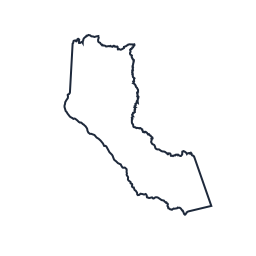 outline of Jacareacanga, Pará, Brazil, rotated 341°
{"feature_id": "56859067B99628293972220", "entity_name": "Jacareacanga", "entity_type": "district", "adm_level": 2, "iso_a3": "BRA", "parent_name": "Brazil", "parent_adm1": "Pará", "projection": "robinson", "projection_center": [-57.195, -7.478], "detail": "fine", "context": "isolated", "style": "outline", "palette": "slate", "viewbox_px": 256, "rotation_deg": 341, "n_neighbors": 0, "source": "geoboundaries", "source_scale": "gbopen_adm2", "svg_char_len": 5844}
<svg xmlns="http://www.w3.org/2000/svg" viewBox="0 0 256 256"><g transform="rotate(341 128 128)"><path d="M90.5,121.7L90.4,121.3L91.3,121.5L94.0,123.7L95.2,126.8L96.7,128.6L98.0,131.0L99.3,134.5L99.6,137.2L99.8,137.3L100.6,137.4L100.9,137.6L101.5,138.4L102.6,144.9L104.1,148.0L104.4,149.1L104.5,152.8L104.7,153.8L105.8,155.4L107.1,158.0L109.3,160.1L109.4,161.4L109.9,163.5L110.4,164.0L111.6,164.2L112.1,164.4L113.2,166.3L113.1,167.3L112.3,169.2L112.2,170.6L111.5,171.7L111.5,172.6L112.0,173.8L112.0,174.8L111.2,176.5L111.2,176.9L111.4,177.8L112.8,179.8L112.8,180.2L112.4,180.9L112.5,181.3L113.4,182.0L113.6,182.3L113.6,182.7L113.4,183.4L112.8,184.1L112.9,185.3L113.1,185.6L114.1,186.1L114.0,188.5L114.2,189.0L114.9,189.8L115.1,190.8L115.3,191.3L115.5,192.1L115.1,193.9L115.5,194.7L116.9,194.9L118.4,194.2L120.4,195.3L121.4,196.1L121.9,196.2L123.1,196.1L123.5,196.6L123.7,197.6L123.7,198.3L123.4,199.1L123.4,199.7L123.6,200.0L124.2,200.2L125.1,201.1L128.1,201.4L128.4,201.8L128.6,202.5L128.9,202.9L129.6,203.0L130.6,202.6L131.7,202.5L132.8,202.9L133.7,203.6L136.3,207.1L138.3,208.3L138.6,209.4L139.2,210.2L140.0,210.7L139.8,211.5L140.6,212.0L140.9,212.5L140.8,213.3L139.9,214.5L140.3,215.6L140.0,216.2L140.0,217.1L140.9,217.6L141.1,218.3L141.6,218.8L142.3,219.0L142.9,219.6L144.9,219.0L145.5,219.4L148.2,219.9L149.1,219.4L149.8,219.9L150.9,220.2L151.7,221.3L152.5,223.9L152.8,223.9L153.0,224.5L153.0,226.5L153.2,227.1L153.1,227.7L153.6,228.5L154.0,228.5L154.7,228.0L155.6,227.4L155.9,226.9L157.7,226.5L181.4,228.8L181.2,176.4L180.9,176.3L180.5,175.2L179.7,174.7L179.5,174.0L179.8,172.9L179.4,171.9L178.3,172.5L178.0,172.3L177.8,171.6L177.5,171.5L177.0,171.6L175.7,171.3L175.2,171.7L175.0,170.4L174.3,169.4L174.2,169.1L173.0,167.9L171.7,168.0L171.5,168.8L171.1,169.2L170.8,170.4L170.0,171.1L168.9,171.7L168.3,171.5L167.1,170.2L166.5,170.1L166.6,169.5L165.4,169.0L164.7,169.1L164.4,168.8L164.1,168.8L163.6,169.3L162.6,168.9L161.4,169.2L161.0,168.7L159.6,168.4L159.5,168.2L159.7,166.3L159.4,165.7L158.2,165.2L157.5,165.9L156.9,165.7L156.5,164.2L155.7,163.5L155.2,162.6L154.4,162.0L152.8,161.3L152.0,160.6L150.3,158.3L148.6,157.7L147.5,156.5L147.3,155.4L147.5,155.0L147.4,153.1L147.1,152.4L146.1,151.4L145.6,150.7L145.3,148.7L146.4,147.1L146.6,145.9L147.6,146.1L147.8,146.0L148.0,144.9L147.1,143.7L146.9,142.6L146.2,142.1L145.9,140.7L145.4,140.4L145.2,140.9L144.9,140.8L144.4,138.8L143.4,137.3L142.7,137.1L142.7,137.6L142.3,137.6L140.9,136.7L140.8,136.4L141.0,135.5L140.7,134.5L141.0,134.0L140.6,133.6L140.5,133.2L140.1,132.8L139.7,132.1L139.1,131.9L138.7,132.1L137.4,131.2L136.0,130.6L135.8,130.7L134.9,129.5L134.1,129.3L133.6,128.7L133.6,127.7L133.9,127.0L133.8,125.8L133.4,125.2L133.5,123.9L134.1,122.1L134.6,121.5L134.5,120.8L134.7,120.6L135.0,120.6L135.0,120.2L135.2,120.3L135.5,120.1L135.5,119.6L135.3,119.3L135.7,119.1L136.0,118.7L136.1,117.8L136.4,118.0L136.3,117.6L136.6,117.0L136.4,116.7L137.0,116.2L137.3,116.1L137.7,115.4L138.3,115.7L138.5,115.6L139.2,115.1L139.6,115.1L139.6,114.7L139.8,114.7L139.9,113.5L140.3,113.5L140.5,113.2L140.5,112.6L140.8,112.6L141.1,111.3L141.4,111.2L141.2,111.1L140.8,110.5L141.4,110.1L141.4,109.8L141.9,109.9L142.2,109.0L142.6,109.0L142.7,108.3L142.9,108.1L142.9,107.7L143.5,107.7L144.2,106.8L144.2,107.0L144.5,106.9L144.9,106.4L145.1,106.7L145.1,105.6L145.7,105.4L145.8,105.6L145.9,105.0L146.5,104.6L146.5,104.3L146.9,103.2L147.0,103.5L147.5,103.0L147.4,102.8L147.7,102.4L147.3,102.1L147.0,101.0L147.2,100.8L147.8,100.9L147.6,100.3L148.0,99.3L147.9,99.1L148.2,98.6L147.9,98.3L148.0,97.8L148.1,97.5L148.5,97.6L149.1,97.3L149.0,97.0L149.5,96.5L149.9,95.3L149.8,94.3L149.6,93.9L149.6,92.9L149.0,92.0L148.9,90.7L149.1,90.3L148.8,89.7L148.8,89.2L148.4,88.4L147.6,87.5L148.1,87.4L148.3,87.0L148.0,85.8L148.2,85.7L148.9,85.7L148.9,85.0L149.4,84.6L149.7,83.3L150.0,83.3L150.3,83.1L149.3,81.5L149.4,80.5L149.9,79.1L149.6,79.0L149.5,78.5L149.7,78.2L149.9,78.3L150.3,77.6L150.0,76.8L150.2,76.4L150.9,75.8L150.9,75.7L150.6,75.3L150.7,75.0L150.8,74.8L151.5,74.8L151.5,74.3L151.9,73.8L151.9,72.6L152.5,72.2L152.3,71.6L152.3,71.4L152.6,71.3L152.7,70.5L153.3,70.0L154.0,68.5L154.5,68.1L154.6,67.3L155.1,67.0L155.5,66.3L155.6,65.6L155.2,65.5L155.2,64.8L154.9,64.7L154.7,63.5L154.8,63.0L154.6,62.7L154.6,61.8L155.3,60.9L155.3,60.7L154.1,59.3L154.1,58.3L154.3,57.7L155.2,56.8L155.4,56.1L155.4,54.8L155.8,54.6L156.3,54.2L156.7,54.5L157.1,54.4L157.5,54.2L158.2,53.3L158.7,53.5L159.1,53.3L159.7,52.8L159.8,52.1L160.9,52.0L161.2,51.6L161.2,50.9L159.7,50.7L159.4,50.4L157.7,49.8L156.9,49.4L155.2,49.2L154.6,49.6L153.6,49.6L152.7,50.0L150.6,50.0L150.2,51.1L147.5,51.6L146.6,51.6L145.9,51.1L145.3,50.4L144.1,50.5L144.0,50.3L144.3,49.4L144.4,48.6L144.6,48.1L144.3,47.4L143.0,47.3L142.4,46.6L141.7,46.6L141.5,46.4L141.5,45.7L141.3,45.6L140.5,45.7L139.7,46.1L138.6,45.3L138.2,44.7L137.5,44.9L136.9,44.4L133.8,43.8L133.6,43.3L133.1,42.8L132.6,42.4L131.3,41.9L131.0,41.1L130.4,41.3L129.5,39.2L129.4,38.4L128.2,37.3L128.0,36.5L128.4,34.9L129.7,33.1L129.7,32.1L129.9,31.4L128.1,31.1L125.9,31.0L124.8,30.1L123.2,29.4L122.4,28.1L120.9,27.2L120.6,27.4L119.5,27.3L119.1,27.6L118.7,27.3L117.7,28.1L117.1,28.1L115.4,28.9L114.7,29.6L114.0,30.9L113.4,31.4L112.9,32.8L112.7,31.7L112.4,31.5L110.5,32.0L109.4,31.7L109.4,31.3L110.0,30.1L110.1,29.2L110.6,28.7L110.4,28.0L110.2,27.6L109.9,27.4L109.1,27.6L108.7,28.0L107.9,29.1L107.5,29.3L107.1,29.1L106.8,28.1L106.6,28.0L105.0,27.9L104.8,28.1L103.8,29.8L103.1,30.2L84.7,75.4L84.2,76.1L83.3,76.7L82.1,76.8L81.7,77.1L81.5,78.8L80.7,80.3L79.3,81.2L77.1,83.1L76.2,84.9L75.4,85.9L74.8,87.4L74.6,91.7L75.2,92.9L75.5,94.6L76.8,98.4L78.1,100.0L78.7,100.5L79.3,101.6L80.4,101.6L81.1,102.1L82.4,104.1L83.5,106.3L84.4,107.3L85.2,107.4L85.5,107.7L86.2,108.8L86.5,109.6L87.2,110.2L87.6,111.2L88.4,112.5L89.0,114.7L89.1,115.6L88.8,117.3L89.0,119.4L90.5,121.7Z" fill="none" stroke="#1e293b" stroke-width="2"/></g></svg>